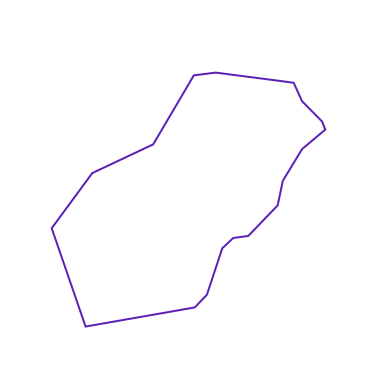 the district of Tonj East, Warrap, South Sudan, rotated 165°
{"feature_id": "79223893B19595025939095", "entity_name": "Tonj East", "entity_type": "district", "adm_level": 2, "iso_a3": "SSD", "parent_name": "South Sudan", "parent_adm1": "Warrap", "projection": "orthographic", "projection_center": [29.157, 7.837], "detail": "fine", "context": "isolated", "style": "outline", "palette": "violet", "viewbox_px": 384, "rotation_deg": 165, "n_neighbors": 0, "source": "geoboundaries", "source_scale": "gbopen_adm2", "svg_char_len": 398}
<svg xmlns="http://www.w3.org/2000/svg" viewBox="0 0 384 384"><g transform="rotate(165 192 192)"><path d="M165.4,298.9L217.1,248.1L283.4,236.1L336.9,193.3L329.6,89.6L219.2,79.8L204.2,88.9L177.3,129.8L164.1,136.9L149.0,135.0L112.7,156.9L101.4,179.3L74.5,205.0L47.1,217.8L48.1,226.4L62.2,251.2L65.5,271.2L138.2,301.2L160.1,304.2L165.4,298.9Z" fill="none" stroke="#5b21b6" stroke-width="2"/></g></svg>